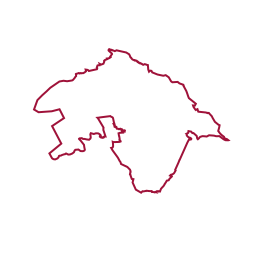 Aknīstes pag., Aknistes, Latvia, rotated 32°
{"feature_id": "27541924B26802914642093", "entity_name": "Aknīstes pag.", "entity_type": "district", "adm_level": 2, "iso_a3": "LVA", "parent_name": "Latvia", "parent_adm1": "Aknistes", "projection": "robinson", "projection_center": [25.758, 56.171], "detail": "fine", "context": "isolated", "style": "outline", "palette": "rose", "viewbox_px": 256, "rotation_deg": 32, "n_neighbors": 0, "source": "geoboundaries", "source_scale": "gbopen_adm2", "svg_char_len": 5486}
<svg xmlns="http://www.w3.org/2000/svg" viewBox="0 0 256 256"><g transform="rotate(32 128 128)"><path d="M38.5,162.1L43.8,162.0L54.5,154.2L60.0,148.4L68.5,153.5L62.6,166.6L79.7,176.6L74.8,191.2L79.4,193.8L80.2,194.0L81.7,193.8L82.9,193.2L84.3,191.2L84.6,189.6L84.3,188.3L84.5,187.9L85.7,187.0L86.4,185.8L87.9,184.0L88.4,183.7L88.9,182.5L89.1,182.4L91.4,182.2L92.8,181.2L94.2,179.3L95.0,177.3L94.7,175.4L94.9,174.4L97.4,172.5L99.9,172.7L100.4,172.5L101.8,171.7L102.2,171.4L102.9,170.4L103.0,170.1L102.9,169.3L101.0,167.3L99.6,165.6L94.6,163.8L92.4,163.3L92.2,163.1L92.4,162.5L94.2,161.1L95.6,161.1L96.9,160.3L99.0,159.6L101.2,158.6L101.7,156.9L101.4,155.8L100.6,154.7L99.5,153.5L99.2,152.4L99.2,152.1L102.2,151.2L103.5,149.6L105.5,148.4L106.7,148.3L107.9,148.4L108.6,148.6L108.8,148.8L108.6,149.0L108.5,149.3L108.6,149.7L108.4,149.7L108.4,149.8L108.7,149.9L108.8,150.1L109.2,150.1L109.2,150.3L109.6,150.3L109.9,150.4L110.4,150.2L110.5,149.9L111.0,149.9L111.3,150.0L111.5,149.9L111.6,149.7L112.0,149.5L112.0,149.2L111.8,149.1L111.7,149.0L111.8,148.8L112.0,148.8L112.4,148.6L112.2,148.2L112.8,147.7L113.0,147.3L113.4,147.1L108.5,143.0L108.3,142.9L107.2,141.2L107.2,140.9L107.0,140.6L98.0,136.0L97.5,135.7L96.7,135.5L98.0,134.5L98.6,133.9L106.7,127.3L107.0,127.4L109.3,127.2L110.0,127.5L113.1,130.7L114.0,131.4L114.1,131.5L113.9,131.7L113.5,132.1L113.8,132.3L114.3,132.5L114.6,132.8L115.3,132.7L115.4,132.9L115.1,133.0L115.4,133.3L115.5,133.6L116.0,134.1L117.3,133.8L117.4,133.7L117.2,133.3L117.4,133.3L117.7,133.3L118.0,133.6L118.1,134.0L118.9,134.5L120.8,133.6L121.0,133.8L121.2,133.7L121.7,133.1L121.7,132.9L121.8,132.7L123.7,132.3L124.2,132.9L124.6,133.1L124.9,133.1L125.3,133.0L125.8,132.6L125.7,132.2L125.8,132.0L126.1,131.9L126.7,131.8L127.1,132.9L124.6,133.9L126.0,134.7L123.9,136.2L122.8,137.5L124.7,139.6L124.9,139.6L126.7,141.7L127.0,142.1L127.0,142.3L127.0,142.6L128.8,143.1L128.9,143.4L128.0,144.4L127.0,145.1L123.1,147.7L122.4,147.8L123.7,149.4L125.0,151.3L125.3,152.5L125.2,152.8L125.1,153.0L124.3,153.8L126.7,155.1L133.9,158.0L135.5,158.7L138.2,160.3L139.7,160.9L141.2,162.2L148.1,161.4L151.8,162.3L153.1,163.3L153.1,163.7L153.8,164.6L153.7,165.1L154.3,166.4L154.9,166.4L155.8,167.3L158.2,169.2L159.0,169.2L159.2,168.9L159.3,168.8L159.4,168.6L159.7,168.5L160.8,171.8L167.3,176.1L173.4,175.9L173.8,174.1L174.0,173.8L174.7,173.6L176.4,172.0L176.7,171.9L176.8,171.5L178.4,170.7L178.6,170.7L178.9,170.5L180.6,169.6L181.2,169.1L181.5,169.2L181.8,169.0L182.2,169.3L182.3,169.5L182.5,169.4L183.0,169.1L183.7,168.8L184.8,168.1L185.0,168.2L185.2,167.8L185.5,167.7L185.2,167.6L185.5,167.3L185.7,166.9L186.1,166.6L186.5,166.3L186.7,166.0L186.6,165.9L186.8,165.8L187.2,165.8L187.5,165.6L187.7,165.2L187.8,165.2L188.0,165.4L188.3,165.1L188.8,164.9L188.2,162.2L188.4,160.8L188.9,158.4L188.9,156.3L188.8,156.2L188.9,154.0L188.8,152.1L188.9,151.9L189.4,151.6L190.2,150.7L190.1,149.2L190.9,145.9L190.7,145.8L188.9,146.1L189.1,145.0L190.2,143.8L190.7,142.8L190.9,142.3L191.0,141.5L190.9,138.8L190.2,138.5L189.1,130.4L188.6,127.8L188.7,127.7L186.1,109.1L185.8,105.4L186.4,105.3L187.5,104.3L187.5,103.8L187.3,103.5L186.1,103.3L185.0,103.7L183.3,103.7L181.8,103.2L181.2,102.1L180.6,102.0L181.6,100.3L180.9,98.6L183.5,97.6L185.3,98.2L186.2,97.6L190.4,98.3L192.4,100.3L193.2,100.5L193.6,99.2L193.7,98.0L193.9,97.3L195.4,95.5L197.2,94.5L199.3,93.5L200.6,91.2L205.0,88.9L207.0,88.3L209.8,86.5L215.2,86.9L217.1,86.7L219.4,85.4L219.6,85.2L217.9,85.0L215.4,85.6L214.1,84.6L210.9,84.3L208.8,83.8L206.1,82.7L205.0,79.1L204.2,77.1L203.0,77.3L198.4,76.7L194.4,74.6L192.8,73.6L189.4,72.7L188.6,72.4L188.1,72.8L187.7,72.8L187.4,73.3L186.0,73.5L179.2,76.8L178.9,76.9L176.9,75.2L176.1,76.4L176.0,76.8L175.4,76.7L172.4,75.4L171.2,74.4L172.8,73.6L172.7,71.5L163.8,70.4L162.3,69.3L159.5,67.0L157.8,65.7L153.2,63.1L153.3,63.0L152.0,62.0L148.0,62.9L145.7,62.6L141.4,65.7L141.0,65.7L139.8,65.6L135.7,63.4L132.0,63.2L130.2,65.0L124.7,67.0L119.1,68.0L117.6,67.1L116.4,67.6L116.0,69.1L114.2,67.7L111.5,64.1L110.4,64.5L110.1,64.5L108.6,64.9L108.3,65.0L107.9,65.6L107.6,66.2L107.2,66.4L106.5,66.4L106.3,66.3L106.0,66.4L105.5,66.3L105.2,66.5L104.9,66.5L104.6,66.4L104.3,66.6L103.9,66.5L103.7,66.8L103.5,66.7L102.8,67.0L102.4,66.8L101.9,66.9L101.8,66.7L101.4,66.9L101.3,66.6L101.2,66.5L100.6,66.5L99.9,66.6L99.7,66.4L99.3,66.5L99.1,66.5L98.9,66.6L98.5,66.9L98.5,67.0L98.4,67.1L98.1,67.2L97.7,66.9L97.3,67.2L97.1,67.1L96.8,67.3L96.4,67.4L95.5,67.5L94.6,67.3L94.0,67.1L93.5,66.7L93.0,66.8L92.2,66.5L91.7,66.0L90.0,64.9L86.5,64.9L77.1,68.2L76.1,69.8L72.6,70.4L72.5,70.7L72.6,70.8L72.3,70.9L70.6,70.9L70.2,71.2L70.2,72.3L70.3,72.4L70.5,72.5L70.8,72.7L74.9,73.4L75.3,73.8L75.1,76.2L75.5,76.6L75.8,77.0L75.6,77.3L75.1,77.6L75.3,78.3L75.3,78.5L74.3,79.4L74.2,79.6L74.3,79.9L74.2,80.1L73.9,80.1L73.5,80.1L73.2,80.3L73.6,80.8L73.6,81.0L72.4,82.6L72.1,83.6L72.3,84.0L72.7,84.2L73.1,86.5L71.7,88.4L71.2,88.5L70.0,88.6L70.4,88.9L70.5,89.3L70.8,89.2L70.8,89.5L70.6,89.5L70.4,90.0L69.9,90.3L69.4,90.6L69.3,90.9L69.0,91.2L69.5,93.3L70.0,93.4L70.2,93.5L70.5,94.4L70.5,94.6L64.6,100.4L63.5,100.1L63.0,100.1L61.1,100.9L61.9,101.7L62.3,102.2L61.8,103.7L61.0,105.2L60.7,105.4L59.7,106.0L59.3,106.5L58.8,106.5L58.6,106.6L58.1,107.4L57.9,107.4L57.2,107.4L56.8,107.8L56.6,108.3L55.2,109.7L55.2,109.9L55.4,110.1L56.0,110.8L56.5,111.5L56.2,112.8L56.3,113.3L55.9,116.3L55.4,117.3L51.6,120.6L48.3,122.1L45.2,124.9L40.8,135.0L39.9,138.5L39.6,139.8L37.9,145.7L36.5,151.9L36.4,152.4L38.5,162.1Z" fill="none" stroke="#9f1239" stroke-width="2"/></g></svg>